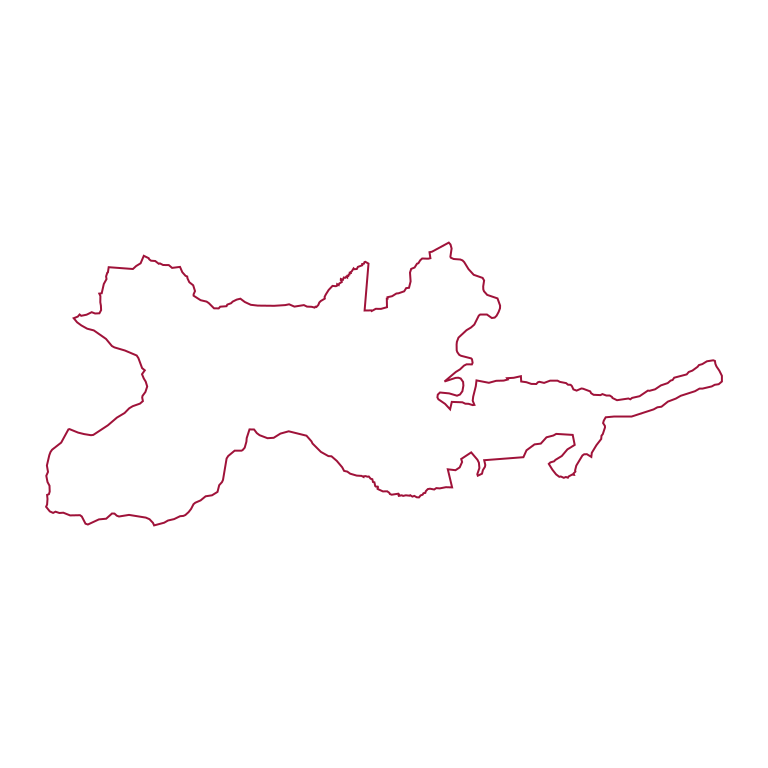 Maierus, Brasov, Romania
{"feature_id": "2599482B58193518368289", "entity_name": "Maierus", "entity_type": "district", "adm_level": 2, "iso_a3": "ROU", "parent_name": "Romania", "parent_adm1": "Brasov", "projection": "mercator", "projection_center": [25.543, 45.895], "detail": "fine", "context": "isolated", "style": "outline", "palette": "rose", "viewbox_px": 768, "rotation_deg": 0, "n_neighbors": 0, "source": "geoboundaries", "source_scale": "gbopen_adm2", "svg_char_len": 6082}
<svg xmlns="http://www.w3.org/2000/svg" viewBox="0 0 768 768"><path d="M714.9,360.9L713.2,360.3L706.9,361.3L702.3,364.1L698.9,365.1L697.6,366.8L692.4,370.6L688.7,372.0L686.7,374.4L674.2,377.7L672.6,380.0L670.6,380.6L667.7,383.1L660.9,385.4L655.1,389.3L649.5,390.8L647.9,390.6L639.6,396.2L632.1,397.9L630.3,399.3L628.4,398.5L617.0,400.2L612.5,398.0L612.0,397.0L609.7,395.5L606.3,395.5L602.4,394.1L600.5,395.1L593.6,394.8L591.1,393.2L590.2,391.4L583.0,388.7L581.4,388.5L576.6,390.6L573.4,389.4L571.9,386.1L570.6,384.8L568.0,384.7L566.1,383.1L559.9,381.9L557.6,380.7L550.0,380.7L544.1,382.9L539.3,381.8L537.9,382.3L536.3,384.0L531.3,383.9L526.4,382.2L521.2,381.5L520.9,376.2L513.7,377.8L507.0,378.2L507.8,379.5L503.7,380.6L496.2,380.8L488.9,382.8L476.5,380.4L475.8,386.2L473.2,396.6L472.7,400.7L474.4,404.9L472.7,405.1L468.5,403.8L465.3,403.7L462.4,402.3L451.8,401.9L450.1,409.3L445.1,403.9L438.4,399.3L437.4,397.4L437.8,394.6L440.0,392.5L449.2,393.4L457.0,395.7L460.0,394.5L462.4,391.2L463.4,385.6L463.1,381.9L460.7,378.5L458.3,377.7L455.5,377.9L444.5,381.5L455.9,371.9L460.0,369.4L464.0,365.6L466.6,364.3L471.9,364.4L472.6,362.8L472.0,359.3L471.2,358.4L461.1,355.8L459.3,354.9L457.4,352.3L456.7,350.4L456.6,344.6L456.9,341.8L458.5,337.6L466.5,330.2L471.0,327.5L474.3,324.6L478.8,315.6L480.2,314.5L486.9,314.5L491.8,318.0L494.7,317.6L496.6,315.7L498.6,312.0L500.0,308.3L500.1,305.6L497.5,298.4L487.2,294.9L484.0,291.3L483.3,289.4L483.2,286.4L484.1,280.5L482.6,277.9L473.7,274.8L468.5,269.1L464.2,262.1L462.5,260.4L460.3,259.5L453.7,259.0L450.8,257.7L450.4,256.7L451.6,248.5L450.5,244.5L448.8,242.6L432.0,251.7L429.5,252.2L430.4,258.2L428.2,258.7L422.2,258.5L420.2,260.3L418.4,263.2L417.0,263.7L414.6,267.5L411.2,268.9L410.0,272.6L410.6,281.4L409.0,287.8L406.2,288.1L404.2,291.3L398.5,293.3L396.4,293.5L392.1,296.2L387.5,297.2L387.6,298.6L386.8,298.7L387.0,307.2L380.9,308.9L375.8,308.8L371.7,311.0L371.4,310.4L364.6,310.5L368.5,263.6L365.3,261.8L364.5,262.1L363.9,263.7L362.1,264.1L362.2,265.3L357.9,266.9L356.8,269.0L354.3,269.2L353.6,268.4L351.7,271.4L350.5,272.2L350.7,272.9L349.7,272.8L349.5,274.5L348.6,274.7L348.3,276.0L347.3,275.9L347.2,277.5L346.1,276.8L345.2,277.8L343.8,277.5L342.9,279.8L340.9,279.0L340.8,280.1L341.5,280.8L341.8,282.0L339.2,283.6L338.7,285.1L337.2,284.2L337.0,285.7L335.9,286.2L332.5,285.9L328.7,289.9L325.8,294.5L324.6,296.9L324.8,298.6L320.8,301.0L319.3,302.5L318.3,305.0L316.4,307.0L315.4,306.7L314.6,307.6L311.7,306.8L307.0,306.6L303.9,305.1L294.4,306.6L289.1,304.3L285.2,305.1L274.2,305.8L257.8,305.6L250.8,304.8L244.8,302.0L240.4,298.7L236.7,299.6L232.7,301.6L231.1,303.2L227.3,304.6L226.5,306.2L220.2,306.7L218.7,308.4L214.0,308.3L208.8,303.1L206.6,301.6L200.6,300.2L193.6,295.7L193.6,294.3L195.0,291.1L193.2,285.3L189.3,282.2L187.5,278.4L187.2,276.5L185.5,275.8L182.3,272.2L180.0,266.9L172.1,267.9L168.8,265.1L163.1,265.0L159.9,263.4L158.8,263.8L155.2,261.0L151.0,260.7L149.2,259.3L148.7,258.2L143.8,255.8L140.6,263.3L136.2,266.0L132.9,269.0L108.7,267.2L107.9,272.4L107.3,272.7L106.1,276.4L106.5,279.1L103.8,284.0L101.7,293.3L99.3,293.6L100.4,296.0L100.3,302.3L100.9,305.6L101.1,310.1L99.4,313.3L95.1,313.5L91.7,312.2L86.6,314.7L81.2,315.8L79.6,314.5L77.8,316.6L73.7,318.2L77.1,322.3L81.3,325.4L87.2,328.7L93.8,330.4L106.0,338.9L111.9,346.0L114.4,347.4L124.9,350.5L136.7,355.5L138.4,358.1L142.1,368.1L144.8,370.3L142.0,374.2L143.8,378.5L145.7,381.6L147.2,386.5L145.4,392.0L142.5,395.9L142.2,397.6L142.9,401.1L140.0,403.6L132.7,406.2L129.2,408.3L124.6,413.0L116.9,417.6L107.9,425.3L93.3,434.9L91.0,435.2L84.2,434.1L78.1,432.6L69.5,429.1L68.4,429.4L61.2,442.6L52.1,449.7L50.5,452.0L49.3,455.2L46.9,465.5L48.0,471.9L46.3,475.8L47.5,482.0L49.5,485.7L49.7,491.6L48.9,494.2L47.1,494.9L47.5,499.0L47.1,504.5L46.1,506.8L49.8,511.4L53.1,512.9L55.5,511.7L59.4,513.0L63.3,512.7L70.1,515.4L80.0,515.2L81.8,516.5L85.5,523.7L87.9,524.5L98.9,519.4L106.2,518.7L112.0,513.5L114.5,513.6L116.8,515.7L119.0,516.5L129.0,514.9L145.8,517.6L149.5,519.2L153.0,522.9L154.1,525.4L164.2,522.7L168.0,520.5L174.1,519.1L180.1,516.2L183.4,515.9L185.4,515.0L188.6,512.1L191.1,508.9L193.5,504.2L195.3,502.7L200.6,500.4L205.6,496.3L212.0,495.3L217.5,491.9L219.2,485.2L222.0,482.1L223.0,479.9L226.6,458.5L228.2,456.0L234.6,450.7L241.4,450.7L242.6,450.1L244.7,447.7L246.4,441.7L246.7,438.1L249.5,429.4L254.1,429.5L256.8,433.1L259.6,435.2L267.5,438.2L273.7,437.8L280.4,433.6L288.7,431.3L306.5,435.7L311.5,441.4L312.5,443.5L320.9,451.9L328.4,456.1L331.5,456.3L336.8,460.9L342.2,467.3L344.1,470.9L347.3,471.6L350.2,473.7L356.7,475.6L361.6,475.9L363.6,477.0L363.8,476.3L365.6,476.1L367.4,476.7L368.8,476.5L370.6,478.7L372.3,479.2L373.0,482.0L374.4,482.3L375.2,486.0L375.9,486.6L377.7,486.6L378.0,487.1L377.5,488.8L377.9,489.1L382.9,491.4L387.2,491.3L389.3,492.8L389.9,494.0L391.7,494.7L398.4,493.7L399.2,494.7L398.6,495.5L398.8,495.9L401.8,495.3L403.1,495.9L405.8,495.3L409.6,495.7L410.2,495.2L412.4,496.6L414.3,495.9L416.8,497.3L419.0,497.4L420.6,495.4L422.6,494.7L423.5,493.2L425.3,492.9L425.8,491.2L427.8,489.1L430.0,488.7L434.2,489.5L436.3,488.1L439.7,488.4L445.9,487.2L452.1,487.4L447.8,469.3L455.5,470.2L459.7,467.4L462.1,462.0L461.2,459.0L471.2,452.4L477.4,459.7L478.9,462.7L479.4,468.0L477.3,474.2L477.8,475.7L482.0,473.7L482.9,470.1L484.9,466.9L485.3,465.0L484.2,460.2L523.4,457.2L526.5,450.3L534.5,444.4L540.8,443.6L546.5,437.3L553.4,435.5L556.2,433.9L572.7,434.9L574.7,444.9L567.4,449.4L561.8,456.0L555.4,459.9L554.1,461.3L550.4,462.4L548.8,463.9L552.4,469.7L556.1,474.4L559.3,476.8L560.8,476.5L563.8,477.8L565.9,477.0L567.9,477.7L568.6,476.5L572.1,474.6L574.0,474.8L573.5,473.5L575.4,471.6L575.1,470.4L576.3,465.6L582.4,455.5L584.1,454.3L586.9,454.2L591.3,456.9L591.8,452.8L596.4,445.2L601.2,439.0L601.5,435.7L602.8,434.1L605.0,427.4L604.9,425.9L603.1,423.1L603.8,420.6L605.7,417.3L614.4,416.5L631.7,416.5L653.6,409.4L657.4,407.3L661.5,406.7L667.9,401.6L675.8,398.6L680.7,395.8L695.0,391.2L699.5,388.6L702.5,388.6L711.8,386.4L714.7,384.8L718.7,384.2L721.9,381.5L721.9,375.8L719.3,370.6L716.5,366.5L715.4,363.9L714.9,360.9Z" fill="none" stroke="#9f1239" stroke-width="2"/></svg>